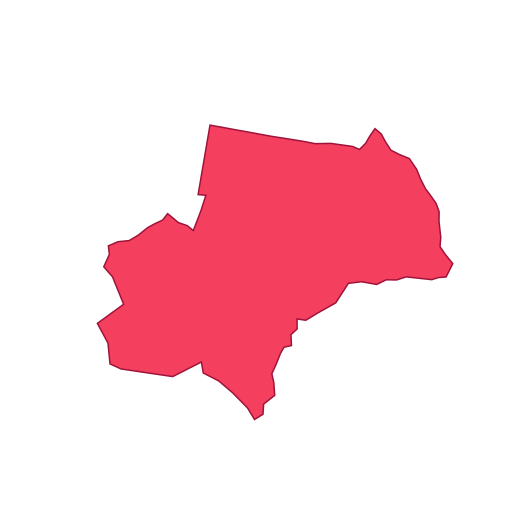 the district of Estação, Rio Grande do Sul, Brazil, rotated 325°
{"feature_id": "56859067B47063439321090", "entity_name": "Estação", "entity_type": "district", "adm_level": 2, "iso_a3": "BRA", "parent_name": "Brazil", "parent_adm1": "Rio Grande do Sul", "projection": "orthographic", "projection_center": [-52.286, -27.926], "detail": "fine", "context": "isolated", "style": "filled", "palette": "rose", "viewbox_px": 512, "rotation_deg": 325, "n_neighbors": 0, "source": "geoboundaries", "source_scale": "gbopen_adm2", "svg_char_len": 1162}
<svg xmlns="http://www.w3.org/2000/svg" viewBox="0 0 512 512"><g transform="rotate(325 256 256)"><path d="M125.1,177.5L126.5,190.8L119.9,219.6L87.4,220.2L84.8,242.4L78.5,253.6L74.5,260.7L80.8,271.3L118.6,307.0L150.4,311.5L145.7,321.6L153.8,336.9L158.4,354.7L161.9,375.6L161.0,389.1L171.0,389.6L177.3,381.7L191.4,380.9L198.1,369.7L201.4,361.6L210.8,356.0L220.4,349.7L226.7,346.8L233.7,349.7L239.5,340.5L247.9,339.3L253.5,331.1L259.9,337.2L272.8,338.0L294.5,340.1L316.0,331.4L327.8,337.7L338.5,348.5L349.0,350.2L357.5,356.3L367.0,359.2L386.4,376.2L393.0,378.3L399.7,382.2L412.8,375.1L412.0,363.8L412.1,353.9L418.0,346.8L421.6,340.2L425.7,332.7L431.4,324.8L433.7,316.1L433.7,306.2L433.4,298.3L434.9,287.5L437.3,277.1L437.5,264.2L431.5,254.8L427.2,246.7L427.6,236.4L428.6,227.8L426.5,219.9L417.9,223.1L410.6,226.5L401.9,228.1L397.8,221.5L381.8,206.6L368.9,197.9L360.5,189.2L336.9,166.4L293.4,122.4L260.6,155.5L243.8,172.5L249.8,177.5L236.6,187.5L219.2,199.2L217.1,191.7L211.6,184.1L207.9,170.6L200.2,173.0L190.8,171.4L183.3,170.6L171.6,171.4L160.9,170.6L151.1,165.1L140.9,163.0L136.8,170.6L125.1,177.5Z" fill="#f43f5e" stroke="#9f1239" stroke-width="1.5"/></g></svg>